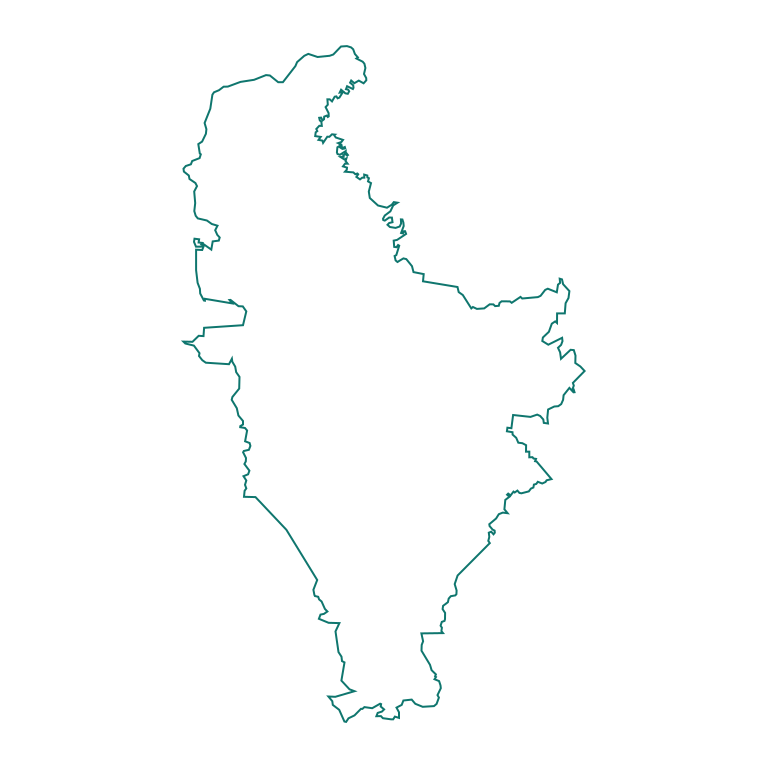 Misantla, Veracruz, Mexico
{"feature_id": "50627088B97471764392590", "entity_name": "Misantla", "entity_type": "district", "adm_level": 2, "iso_a3": "MEX", "parent_name": "Mexico", "parent_adm1": "Veracruz", "projection": "albers", "projection_center": [-96.879, 19.959], "detail": "fine", "context": "isolated", "style": "outline", "palette": "teal", "viewbox_px": 768, "rotation_deg": 0, "n_neighbors": 0, "source": "geoboundaries", "source_scale": "gbopen_adm2", "svg_char_len": 6073}
<svg xmlns="http://www.w3.org/2000/svg" viewBox="0 0 768 768"><path d="M244.0,496.8L255.5,497.1L286.4,529.8L317.2,580.0L313.4,589.8L314.4,594.9L314.9,596.0L318.2,596.8L319.1,599.4L321.6,601.5L324.9,608.9L327.4,611.5L323.9,613.9L320.5,614.6L318.9,618.8L328.6,622.8L339.4,623.1L335.5,631.4L338.5,652.1L341.5,656.7L342.0,661.1L344.5,662.4L341.4,680.6L349.5,689.3L354.5,691.2L335.3,696.8L328.4,696.5L332.3,701.2L332.8,704.9L339.2,709.8L344.4,721.5L346.1,721.9L348.5,718.3L354.5,715.4L361.0,708.8L362.4,708.9L364.4,707.1L372.2,708.2L380.1,703.7L381.1,704.1L380.7,706.5L384.1,709.4L381.9,711.6L377.7,712.9L376.4,716.2L380.9,716.1L382.9,718.2L390.9,719.3L393.2,719.3L394.9,716.6L399.0,717.9L399.0,712.3L396.5,707.6L401.7,704.9L403.4,700.5L411.7,699.6L415.3,703.8L422.7,706.8L434.0,706.1L436.6,703.9L438.9,697.6L437.5,695.1L440.8,688.2L440.5,685.4L439.1,681.1L434.5,679.2L436.0,677.0L435.1,676.3L435.9,674.4L431.6,670.2L430.0,664.8L421.5,650.7L421.7,644.9L423.1,641.3L421.4,633.4L443.0,633.1L441.4,631.1L441.9,627.7L440.6,625.7L441.8,621.9L444.5,620.9L445.0,619.2L445.1,612.9L442.6,609.1L443.1,605.8L447.9,602.2L448.7,598.6L450.8,596.2L455.3,595.4L456.4,594.2L456.6,590.5L454.7,584.1L457.6,575.5L489.8,543.1L488.3,540.9L489.3,536.9L488.8,532.7L491.2,531.7L493.5,534.3L494.8,532.7L494.6,530.6L492.6,529.6L489.6,526.1L489.3,524.2L496.1,518.5L498.8,514.2L502.8,512.6L507.6,513.2L504.4,509.3L505.3,499.9L509.5,496.7L507.1,494.7L508.2,493.6L510.6,495.4L513.5,491.6L514.7,492.5L517.4,490.6L519.4,492.9L521.4,493.3L528.8,491.4L530.9,488.6L533.4,487.5L533.9,484.6L536.3,483.9L537.8,481.8L542.2,483.5L545.5,482.0L546.6,480.3L551.5,479.1L536.6,461.5L535.1,461.2L536.0,458.9L533.5,458.5L532.5,457.2L529.3,457.3L529.3,451.7L526.0,451.7L526.1,445.2L522.4,443.2L518.3,442.7L516.2,437.8L512.6,434.6L512.5,432.2L506.9,431.3L507.4,427.7L511.4,428.2L513.1,415.0L530.5,416.9L537.2,414.6L540.2,416.0L543.3,419.5L543.8,422.9L548.0,423.5L547.3,417.7L548.1,409.5L554.3,406.5L558.2,406.2L561.2,404.1L563.1,399.8L563.6,395.2L569.4,387.9L573.5,392.3L574.5,392.2L573.7,389.5L572.3,389.8L573.8,385.6L572.9,382.9L584.6,371.0L580.4,366.5L575.3,363.0L575.5,355.6L573.8,350.1L570.6,349.8L561.0,358.8L560.1,352.3L558.0,347.8L561.1,344.9L562.5,341.1L562.1,337.8L548.3,344.7L542.3,341.0L542.9,337.5L548.9,331.8L551.8,323.7L555.2,321.4L557.0,323.0L557.1,313.4L564.8,313.4L565.6,303.2L568.5,298.0L569.4,291.1L563.1,284.2L562.0,279.4L559.7,278.7L560.1,282.9L558.0,284.6L556.8,292.3L547.8,288.7L545.2,289.9L540.6,295.8L537.9,297.1L522.2,298.5L520.5,296.9L511.7,302.8L509.9,301.4L501.6,301.3L499.5,303.0L498.8,305.8L495.1,306.1L493.4,304.4L489.7,304.3L484.2,308.4L476.9,308.9L472.9,307.0L471.3,308.4L462.8,295.0L458.7,292.1L457.5,287.0L423.0,281.3L423.7,274.1L413.5,272.1L412.0,266.2L406.3,259.1L403.4,258.4L397.4,262.0L395.6,260.4L394.6,256.0L396.3,255.1L399.2,245.7L398.1,245.0L396.5,247.2L394.2,246.9L393.7,240.6L397.1,239.9L406.1,233.9L405.1,231.2L404.0,231.2L402.9,233.4L401.1,233.0L403.7,226.0L403.4,222.6L402.4,219.5L400.9,219.4L401.1,223.5L399.7,226.5L395.6,227.9L389.9,227.0L387.5,224.8L389.2,223.0L392.5,222.2L391.9,217.6L389.2,217.5L384.8,220.6L383.3,220.1L383.0,218.8L384.8,215.5L390.4,211.3L393.2,205.4L397.5,202.7L393.8,202.1L391.8,204.7L387.0,207.7L378.0,205.5L369.8,198.0L368.8,191.6L371.0,183.1L368.0,181.4L368.9,178.2L367.4,177.4L367.3,175.5L364.2,174.6L364.3,177.7L362.2,177.7L360.0,179.4L356.4,176.9L358.2,174.3L357.4,173.5L355.3,174.2L353.4,172.4L345.0,171.7L346.8,169.7L347.0,167.6L343.0,166.4L345.0,163.7L347.6,163.7L345.6,161.1L346.4,158.4L344.4,159.5L340.5,157.0L343.7,156.7L343.3,155.1L346.2,154.2L347.1,155.5L347.9,155.0L346.2,152.9L343.9,153.2L345.6,152.3L345.7,151.1L339.9,154.8L337.5,154.0L336.9,152.4L337.4,147.3L338.6,146.5L342.4,148.9L345.2,148.4L344.8,147.0L342.7,147.9L340.6,145.6L341.6,145.6L341.4,144.6L338.2,143.1L341.4,142.0L343.0,139.9L335.8,137.5L334.1,135.1L334.8,134.6L332.0,134.3L329.4,136.8L327.3,136.7L323.1,142.9L322.4,140.6L318.5,139.9L320.7,136.9L315.2,136.1L315.7,132.3L317.3,131.1L316.3,129.0L319.3,125.8L321.8,125.9L321.4,121.9L319.8,120.4L319.2,117.8L321.1,117.6L322.6,120.4L324.0,119.3L324.2,116.6L326.8,115.6L327.8,117.0L328.7,116.4L328.6,113.1L325.6,107.1L327.8,104.7L327.4,99.3L329.7,99.3L332.0,101.4L334.7,96.7L336.4,96.4L337.6,98.3L339.4,97.6L342.8,92.2L339.7,92.6L341.1,89.7L345.3,93.3L347.8,93.8L349.2,91.3L348.1,89.6L346.0,89.2L347.1,86.2L352.9,89.0L353.5,87.8L353.2,85.3L350.1,82.7L351.2,80.5L354.3,83.2L358.8,80.6L363.6,83.3L366.3,80.3L366.2,78.0L364.0,74.0L365.4,68.0L364.4,63.7L362.7,61.7L356.4,58.5L357.9,57.4L354.9,54.0L353.2,49.3L351.1,47.4L347.0,46.1L341.0,46.5L333.3,54.5L329.6,55.8L317.6,57.0L308.3,53.9L304.3,55.8L297.1,62.1L295.4,66.1L282.9,82.2L278.2,82.2L269.9,75.5L266.0,75.1L254.1,79.8L240.5,81.9L227.8,86.6L223.6,86.7L219.0,90.2L214.0,92.3L212.4,94.7L210.3,108.7L204.6,123.0L206.4,129.2L205.9,133.8L202.1,141.6L198.3,144.1L199.8,153.5L200.8,154.3L199.6,158.1L192.2,161.0L190.9,164.3L185.8,166.0L183.5,168.7L183.9,171.6L188.8,175.5L189.5,179.0L195.4,183.0L197.0,186.1L194.2,191.5L195.2,203.1L194.3,211.1L195.7,215.8L197.8,218.4L206.9,220.5L211.8,224.0L217.5,225.7L215.2,230.2L217.3,234.9L219.7,237.5L218.8,240.6L212.7,241.4L211.3,249.6L203.6,244.2L203.6,245.0L201.3,244.4L202.3,242.9L198.6,242.5L199.1,239.3L194.5,238.7L194.0,241.9L196.0,246.7L203.5,246.6L202.2,250.0L196.1,249.7L196.1,270.2L197.6,282.8L199.9,288.8L200.2,293.5L203.9,300.5L204.9,300.7L204.9,298.8L232.2,303.4L229.5,300.0L230.5,299.9L238.5,306.2L242.8,306.4L246.3,311.4L243.0,325.2L204.1,327.8L203.5,336.1L198.7,335.8L192.5,341.8L183.4,341.6L185.3,343.5L193.9,345.6L199.5,353.2L199.0,356.0L202.3,360.2L205.8,362.7L229.0,364.2L231.9,358.7L232.3,361.7L235.2,366.6L236.2,372.2L239.5,376.9L239.2,388.6L232.4,397.0L231.7,399.8L236.8,408.2L238.4,415.5L243.0,421.0L243.0,424.5L240.3,426.1L240.2,427.2L245.0,428.0L247.1,430.5L245.1,441.3L249.6,443.0L250.4,445.9L248.9,449.8L243.8,451.0L243.1,452.3L246.0,458.0L245.8,461.4L244.4,464.0L249.4,470.7L248.1,474.3L243.5,476.2L246.3,480.5L245.0,484.8L246.3,488.4L244.6,490.8L244.0,496.8Z" fill="none" stroke="#0f766e" stroke-width="2"/></svg>